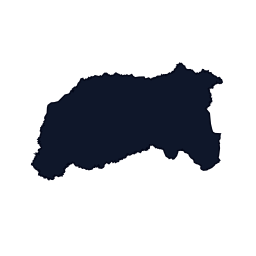 Senangkhanikhom, Amnat Charoen, Thailand, rotated 347°
{"feature_id": "78962969B182385267454", "entity_name": "Senangkhanikhom", "entity_type": "district", "adm_level": 2, "iso_a3": "THA", "parent_name": "Thailand", "parent_adm1": "Amnat Charoen", "projection": "natural_earth1", "projection_center": [104.697, 16.044], "detail": "fine", "context": "isolated", "style": "filled", "palette": "ink", "viewbox_px": 256, "rotation_deg": 347, "n_neighbors": 0, "source": "geoboundaries", "source_scale": "gbopen_adm2", "svg_char_len": 5827}
<svg xmlns="http://www.w3.org/2000/svg" viewBox="0 0 256 256"><g transform="rotate(347 128 128)"><path d="M213.8,87.9L212.6,89.7L211.8,90.2L210.4,90.1L209.7,90.9L208.9,90.9L207.7,90.0L206.6,90.7L205.2,89.3L203.5,86.2L202.9,86.3L201.9,85.2L199.5,84.8L197.9,84.0L197.0,81.6L197.1,80.6L195.8,79.6L194.6,77.2L193.9,77.3L193.0,76.6L192.5,77.7L191.7,77.3L189.9,77.6L190.5,78.9L189.5,79.6L189.0,79.4L188.5,80.7L186.6,81.3L186.7,81.8L185.7,83.2L185.5,82.9L184.7,83.6L184.0,83.1L183.5,84.0L183.2,83.7L182.4,84.3L181.1,84.4L180.7,83.8L178.4,84.9L176.4,84.5L176.4,85.3L174.6,84.2L174.1,84.7L173.7,84.3L172.8,84.6L172.6,84.2L172.4,84.8L171.5,84.9L168.9,84.4L168.8,84.9L168.1,85.0L167.9,84.4L165.9,85.4L165.4,85.0L164.6,85.5L164.2,85.0L163.5,85.4L162.8,85.1L161.3,86.2L159.4,84.0L156.5,84.3L155.4,83.8L155.0,82.0L150.0,81.0L146.2,80.7L144.3,78.8L143.6,76.8L140.5,77.5L138.8,76.1L137.9,76.6L136.2,75.9L134.3,76.2L133.5,74.9L132.1,75.2L131.1,73.7L130.2,73.4L128.8,71.9L128.2,71.8L127.4,72.7L126.9,72.5L125.9,73.5L123.9,73.1L122.9,73.6L121.7,72.2L121.0,72.4L120.4,71.3L119.5,71.2L119.8,70.4L119.5,70.0L119.1,70.2L118.3,69.7L117.9,70.1L117.6,69.6L116.5,70.1L114.1,72.1L112.7,71.0L111.8,71.8L107.6,69.7L106.5,70.4L104.1,70.3L103.8,70.0L103.4,70.8L103.0,70.5L102.6,71.2L101.1,70.0L100.4,70.9L100.4,71.6L99.7,71.1L99.0,71.6L97.9,70.9L96.4,71.8L95.2,70.7L95.1,69.6L93.3,69.7L91.6,72.1L89.7,73.3L88.1,75.7L87.1,76.2L87.1,76.8L85.3,76.3L82.6,77.7L82.3,78.7L83.3,79.4L82.6,80.2L82.0,79.4L81.0,79.0L79.1,81.3L77.6,81.8L74.1,81.8L66.2,86.8L61.7,86.9L58.9,86.4L55.3,88.0L54.2,90.2L52.7,95.5L49.5,98.8L49.4,99.3L49.7,99.5L49.2,99.8L49.2,100.3L49.5,101.1L48.8,102.2L47.6,102.9L47.6,104.3L46.1,105.2L46.6,106.4L45.3,106.7L44.7,107.3L44.4,107.1L44.1,108.3L43.2,108.2L42.9,109.6L42.0,111.1L42.8,112.0L42.5,112.3L42.7,112.5L40.4,116.6L40.4,117.4L39.5,117.7L39.0,117.5L38.6,118.3L37.6,118.8L38.5,119.8L38.5,120.3L37.3,121.1L37.7,122.0L38.4,121.9L37.4,122.9L38.5,123.5L38.6,124.2L39.0,124.3L38.5,125.0L39.3,127.1L39.2,128.0L38.9,128.4L36.1,129.0L35.7,129.9L36.3,130.3L35.3,133.2L34.8,132.2L33.7,132.7L33.0,132.1L32.9,132.8L32.3,132.7L33.0,133.3L32.4,133.8L32.7,134.3L32.3,135.3L31.1,135.4L30.8,137.3L30.4,137.4L30.0,137.0L29.3,138.3L28.2,138.8L28.1,140.2L27.3,141.0L26.4,140.9L25.9,142.0L27.4,143.1L27.9,145.7L29.0,145.9L28.7,146.9L30.6,148.7L31.5,148.7L31.1,149.8L32.2,150.3L31.7,150.9L31.6,152.4L31.0,152.2L30.5,153.5L31.5,153.9L32.5,155.2L33.3,154.8L34.1,155.1L34.1,155.8L35.4,156.8L35.1,157.5L36.1,158.0L36.5,157.9L36.6,157.0L37.0,156.9L37.2,157.7L38.6,158.6L38.6,159.7L39.2,160.5L39.5,160.5L39.8,159.5L40.4,159.4L41.8,160.6L43.2,161.1L44.6,160.2L44.5,158.4L45.5,158.4L46.0,157.6L46.5,158.2L47.2,158.0L48.5,158.6L49.2,159.5L50.0,159.5L50.6,158.7L51.6,159.4L52.2,159.1L52.9,159.7L53.3,158.8L54.3,158.5L53.8,157.4L55.8,156.8L56.5,156.1L56.3,153.4L57.5,153.5L58.4,151.7L59.2,152.3L61.0,151.6L61.1,150.8L60.3,150.0L61.7,149.0L62.5,149.3L62.2,150.1L62.4,150.5L63.9,149.8L65.0,149.9L66.2,148.9L66.9,149.6L67.6,149.6L67.8,151.0L68.6,152.9L70.0,153.5L71.6,153.3L71.6,155.2L73.5,155.2L74.5,156.9L75.8,156.9L77.1,157.6L78.1,158.8L79.1,158.6L80.4,159.7L83.7,159.8L85.2,158.3L86.5,158.7L87.4,157.2L88.2,158.7L89.6,158.8L90.1,157.8L91.0,157.5L91.5,158.7L90.7,159.6L90.8,160.3L93.4,161.2L95.3,160.5L96.0,159.7L96.2,158.3L99.4,156.5L101.4,158.4L104.3,156.5L105.3,156.8L105.7,158.1L107.8,157.1L108.0,158.7L110.1,158.2L111.2,158.4L112.4,156.5L113.9,157.0L114.6,156.3L115.4,157.0L116.7,155.8L117.6,156.3L118.8,156.2L119.5,155.7L119.6,154.9L120.5,154.7L121.4,153.4L121.8,154.0L122.3,153.6L123.0,154.5L124.4,154.6L126.5,153.7L128.3,154.3L128.4,153.8L129.3,153.9L129.2,153.1L130.4,153.7L130.8,152.7L131.1,153.0L133.1,153.4L133.9,154.1L134.5,153.9L134.8,154.4L136.5,152.6L137.4,153.0L137.5,152.6L137.8,153.0L138.2,152.6L140.5,153.7L141.0,152.9L141.2,153.5L141.9,153.5L141.5,152.3L142.2,151.6L143.0,152.6L143.9,152.6L145.3,149.3L146.9,149.9L148.3,149.7L148.8,150.6L149.4,150.7L149.4,151.3L150.2,151.5L150.0,152.1L150.6,153.3L151.5,153.1L152.5,154.3L153.7,154.5L154.5,155.3L155.8,155.1L156.2,155.9L157.5,156.5L158.2,158.4L158.0,159.0L158.9,164.0L161.0,166.0L161.3,166.9L163.1,166.7L164.7,167.4L164.8,168.3L165.9,168.2L169.0,165.8L170.9,162.7L171.2,161.3L173.7,161.2L175.8,161.9L175.7,160.4L176.5,162.0L177.3,162.5L178.1,164.5L180.0,165.4L181.8,167.4L181.7,168.7L182.9,171.3L184.3,172.6L185.1,174.2L185.0,176.3L186.7,177.9L188.5,178.8L190.9,181.2L190.0,183.6L190.3,184.6L192.0,186.0L195.0,186.4L195.6,185.9L196.1,186.3L197.1,185.6L197.9,185.8L200.8,185.1L203.7,183.5L204.4,182.6L206.9,182.0L207.4,181.5L208.6,181.6L208.7,181.0L210.1,180.2L209.1,177.9L209.1,176.5L209.8,175.6L212.5,168.1L213.0,163.9L213.5,163.7L213.3,161.5L213.6,160.2L215.0,159.2L215.6,157.3L215.3,156.4L215.9,156.0L215.9,155.4L216.6,154.5L211.4,153.0L209.4,151.1L209.1,148.0L209.1,142.4L210.5,131.9L207.9,126.7L208.8,126.0L209.3,126.2L209.8,125.3L211.1,125.0L211.6,124.4L212.3,124.5L212.8,124.1L212.6,123.6L213.2,122.5L213.0,121.5L213.3,121.2L214.2,121.7L214.3,120.8L215.3,120.9L215.2,120.5L215.6,120.2L215.4,119.5L215.7,118.6L215.4,118.2L215.8,117.8L215.3,117.6L215.0,116.6L215.3,116.2L215.3,115.1L216.0,115.0L216.2,113.4L215.3,112.4L215.6,111.8L215.2,110.2L215.8,109.3L215.1,108.3L215.2,107.7L216.3,107.4L217.8,107.6L218.3,107.2L218.7,107.5L218.6,107.1L219.1,106.9L219.6,107.2L219.7,106.4L219.9,106.7L220.0,106.1L220.7,105.8L220.6,105.3L221.6,105.4L222.7,104.4L223.2,104.7L224.3,104.3L224.3,104.6L224.7,103.8L224.8,104.4L225.5,104.1L227.6,105.3L228.8,104.8L229.0,105.2L230.1,104.5L229.9,102.0L229.0,101.3L228.9,100.7L228.3,101.2L228.2,99.4L226.3,99.6L225.1,97.5L223.7,96.6L223.0,96.7L222.7,95.2L221.8,94.8L221.2,92.8L219.2,92.6L219.0,91.6L218.4,91.1L218.8,90.4L217.0,90.6L216.7,89.9L215.9,90.0L215.5,90.7L215.0,90.3L215.1,89.3L214.6,88.2L213.8,87.9Z" fill="#0f172a" stroke="#020617" stroke-width="1.5"/></g></svg>